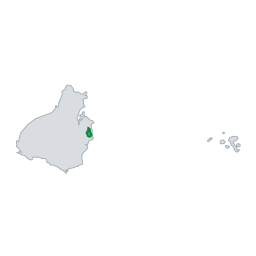 location of Jipijapa, Manabi, Ecuador, rotated 179°
{"feature_id": "8360857B19905531919728", "entity_name": "Jipijapa", "entity_type": "district", "adm_level": 2, "iso_a3": "ECU", "parent_name": "Ecuador", "parent_adm1": "Manabi", "projection": "mercator", "projection_center": [-80.604, -1.518], "detail": "fine", "context": "in_parent", "style": "filled", "palette": "green", "viewbox_px": 256, "rotation_deg": 179, "n_neighbors": 0, "source": "geoboundaries", "source_scale": "gbopen_adm2", "svg_char_len": 5563}
<svg xmlns="http://www.w3.org/2000/svg" viewBox="0 0 256 256"><g transform="rotate(179 128 128)"><path d="M239.4,105.3L238.6,105.8L236.8,106.0L235.3,105.5L234.8,105.5L234.7,106.0L236.6,107.2L237.5,109.4L238.9,110.8L239.7,111.4L239.8,111.9L239.5,112.8L239.4,113.5L239.9,116.8L239.6,117.0L238.5,117.0L237.7,116.5L235.5,124.7L228.4,133.0L220.4,138.8L211.1,142.2L204.3,144.5L203.2,145.4L199.9,149.6L199.7,150.0L200.2,150.7L200.2,151.1L199.7,151.4L199.3,151.5L199.1,151.2L198.9,150.7L198.5,150.2L198.0,150.1L197.7,150.2L197.6,150.7L196.9,152.9L196.9,154.0L196.6,154.4L196.6,155.4L195.9,156.3L195.4,157.8L194.9,158.3L194.1,160.6L193.1,162.9L193.0,163.7L193.4,164.3L193.5,164.7L193.0,166.1L190.6,167.6L190.0,168.2L189.7,169.0L189.9,169.7L189.8,170.2L189.1,170.4L188.3,171.7L187.7,172.0L186.2,171.6L185.1,171.6L184.2,171.2L182.5,168.9L181.9,167.6L181.7,165.8L180.0,164.7L177.9,165.0L177.2,164.6L175.6,163.8L174.2,162.9L173.2,162.5L172.4,162.7L171.1,164.2L169.9,164.8L169.3,164.8L168.6,164.3L168.4,163.8L170.3,161.3L168.9,161.3L168.4,160.7L168.4,160.1L168.1,159.4L168.4,158.6L169.1,158.2L170.2,158.5L171.0,158.5L171.4,157.8L172.4,157.2L172.6,156.8L172.1,155.6L172.0,154.9L172.1,154.5L172.1,153.2L171.8,152.7L171.7,151.9L171.5,151.5L171.4,150.6L170.7,150.1L172.9,149.2L173.7,148.5L174.7,147.9L175.6,146.9L176.2,146.0L177.5,141.7L178.8,139.0L178.6,137.7L177.5,136.0L177.3,133.4L177.4,132.6L177.2,132.1L176.5,133.1L176.7,136.9L176.1,138.6L175.2,139.0L174.7,138.7L175.0,136.0L174.4,136.5L173.4,138.3L171.7,139.7L171.6,140.2L171.2,140.8L169.9,140.3L168.9,139.7L165.7,136.6L163.6,135.9L162.4,134.8L162.1,134.3L162.0,133.7L163.3,133.1L164.6,132.2L164.7,130.2L164.7,128.7L163.7,126.1L164.2,122.7L163.9,121.4L162.8,118.6L163.6,117.1L166.6,116.1L167.5,115.4L168.2,113.2L168.9,111.8L170.2,112.4L171.2,112.3L169.8,111.8L168.7,109.8L168.5,108.9L170.7,106.1L171.9,105.4L173.3,103.9L174.5,101.7L174.7,98.3L174.3,95.8L173.9,93.1L174.6,92.5L176.4,92.1L177.9,91.3L178.6,90.5L180.4,90.6L182.4,89.4L185.6,88.8L190.1,87.4L191.1,86.2L190.6,84.0L192.3,85.3L193.1,86.3L195.4,87.5L198.1,89.6L199.9,90.6L201.9,91.6L204.7,92.6L206.4,92.4L207.2,94.0L207.8,94.4L209.4,95.0L209.6,95.2L210.2,98.0L210.6,98.5L212.0,98.9L213.8,99.1L214.5,99.0L216.0,99.8L218.3,100.5L219.2,100.5L219.6,100.4L219.7,100.1L220.4,100.2L221.4,100.6L222.9,100.6L223.8,100.3L224.0,98.7L224.4,98.3L225.4,97.7L226.0,97.9L228.7,99.1L229.3,99.6L230.0,100.5L231.3,101.8L232.7,102.6L234.9,103.0L237.0,104.4L239.4,105.3ZM21.3,103.5L22.2,104.4L22.6,106.9L25.4,109.5L25.7,111.0L25.5,111.7L25.6,112.0L26.9,113.0L27.8,114.1L26.3,116.7L23.2,117.8L20.0,117.7L19.3,117.4L18.4,116.5L18.3,115.6L18.8,114.8L20.5,113.5L23.1,112.3L23.4,111.5L22.3,110.6L21.6,108.9L20.0,107.8L19.2,104.2L18.6,104.0L17.5,104.5L17.0,104.0L16.9,103.8L18.1,103.0L18.3,102.4L20.1,102.1L20.9,102.6L21.3,103.5ZM34.1,114.4L33.4,114.4L31.3,113.1L31.4,111.8L32.3,110.9L35.0,110.5L36.1,111.3L36.0,112.8L35.1,114.0L34.4,114.2L34.1,114.4ZM173.3,144.4L173.0,144.9L171.7,144.9L171.4,144.7L171.7,142.2L172.0,141.4L173.1,140.6L174.0,140.3L175.1,140.3L176.3,141.0L174.9,142.3L173.8,142.7L173.3,144.4ZM19.2,110.1L17.9,110.4L16.7,109.9L16.2,109.2L16.1,108.1L16.2,107.7L18.8,107.3L19.6,108.2L19.6,109.6L19.2,110.1ZM46.6,116.3L45.0,116.8L44.1,116.3L44.0,116.0L44.9,115.1L45.8,114.7L46.5,113.7L48.0,113.1L48.4,113.3L48.7,113.5L48.8,113.8L48.3,114.6L47.4,115.1L46.6,116.3ZM30.8,108.4L30.2,108.8L27.6,108.3L26.8,107.5L27.5,106.5L28.0,106.0L29.6,106.4L31.1,107.6L30.8,108.4ZM32.9,122.1L32.3,122.2L31.6,121.6L32.2,120.5L33.2,121.1L33.5,121.5L32.9,122.1ZM190.0,86.8L189.2,86.9L188.8,86.2L189.8,85.4L190.1,85.3L190.0,86.8Z" fill="#d9dde1" stroke="#a8b0b8" stroke-width="1"/><path d="M168.3,120.5L168.2,120.5L167.9,120.5L167.7,120.3L167.8,120.2L167.7,120.1L167.3,119.9L167.2,119.9L167.2,120.0L166.9,120.0L166.7,120.1L166.4,120.2L166.4,120.3L166.2,120.3L165.9,120.3L165.9,120.2L165.8,120.3L165.7,120.3L165.4,120.4L165.2,120.3L165.2,120.5L165.3,120.8L165.2,121.0L165.3,121.1L165.2,121.0L164.9,121.2L164.5,121.5L164.8,121.9L165.0,122.3L165.0,122.5L164.9,122.6L164.8,122.8L164.7,122.8L164.8,122.9L164.9,122.7L165.0,122.7L165.3,122.7L165.4,122.8L165.5,123.0L165.8,123.2L165.8,123.3L165.7,123.6L165.6,123.8L165.5,124.0L165.4,124.2L165.5,124.3L165.5,124.5L165.4,124.5L165.5,124.5L165.7,124.8L165.8,124.8L165.8,125.0L165.8,125.3L165.8,125.5L165.9,125.8L166.0,126.1L166.0,126.4L165.9,126.5L166.0,126.7L166.3,126.6L166.3,126.8L166.4,127.0L166.5,127.0L166.6,127.3L166.7,127.5L166.8,127.5L166.7,127.6L166.8,127.6L166.7,127.6L166.8,127.7L166.7,127.7L166.8,127.7L166.8,127.8L166.7,127.8L166.8,127.8L166.9,128.0L167.0,128.1L167.3,128.2L167.6,128.1L167.6,128.3L167.5,128.2L167.5,128.3L167.5,128.5L167.4,128.7L167.4,128.8L167.4,129.0L167.5,129.1L167.8,129.1L167.8,128.9L167.7,128.9L167.8,128.9L168.0,128.8L168.0,128.7L167.8,128.5L167.8,128.4L167.9,128.2L167.8,127.9L167.7,127.7L167.8,127.6L167.8,127.4L167.8,127.2L168.0,127.0L167.9,127.0L167.9,126.9L168.0,126.8L168.1,126.7L168.1,126.4L168.0,126.2L167.9,126.1L168.0,126.1L168.0,125.9L167.9,125.8L167.9,125.7L167.7,125.5L167.5,125.4L167.4,125.4L167.3,125.1L167.5,125.0L167.8,125.2L168.0,125.2L168.1,124.9L168.1,124.7L168.3,124.4L168.4,124.5L168.6,124.5L168.7,124.3L168.8,124.3L168.9,124.2L169.0,124.3L169.0,124.2L169.6,124.2L169.5,123.9L169.4,123.9L169.4,123.7L169.2,123.6L169.0,123.4L168.9,123.3L168.9,123.0L168.9,122.9L169.0,122.9L169.3,122.8L169.3,122.7L169.2,122.5L168.9,122.4L168.7,122.3L168.6,122.1L168.8,121.7L168.7,121.4L168.3,121.2L168.5,121.0L168.5,120.9L168.4,120.9L168.4,120.7L168.3,120.5Z" fill="#22c55e" stroke="#15803d" stroke-width="1.5"/></g></svg>